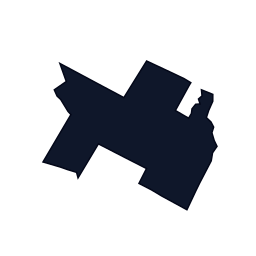 Boa Vista do Sul, Rio Grande do Sul, Brazil, rotated 118°
{"feature_id": "56859067B52990644407609", "entity_name": "Boa Vista do Sul", "entity_type": "district", "adm_level": 2, "iso_a3": "BRA", "parent_name": "Brazil", "parent_adm1": "Rio Grande do Sul", "projection": "robinson", "projection_center": [-51.681, -29.359], "detail": "fine", "context": "isolated", "style": "filled", "palette": "ink", "viewbox_px": 256, "rotation_deg": 118, "n_neighbors": 0, "source": "geoboundaries", "source_scale": "gbopen_adm2", "svg_char_len": 731}
<svg xmlns="http://www.w3.org/2000/svg" viewBox="0 0 256 256"><g transform="rotate(118 128 128)"><path d="M191.3,152.6L195.5,148.7L155.9,146.7L155.5,116.5L155.1,92.6L171.8,92.3L171.6,78.4L172.2,66.3L172.5,37.6L151.8,38.6L142.9,38.9L117.9,39.1L110.2,41.7L102.4,40.8L98.6,46.0L92.8,51.7L87.0,52.8L83.7,57.6L82.0,63.7L74.6,65.0L64.6,65.7L58.5,68.9L59.8,81.1L64.9,77.7L69.3,79.4L72.9,75.6L75.3,79.4L81.0,80.5L85.5,78.8L90.9,79.1L90.3,94.4L61.8,94.0L58.5,93.8L58.1,101.4L58.5,111.1L59.6,133.1L60.1,143.0L103.1,145.9L103.1,170.9L103.0,206.7L103.0,218.4L115.9,204.3L128.9,211.0L133.1,205.6L134.4,200.8L141.6,188.6L142.9,184.7L197.9,187.1L194.2,169.2L193.1,161.8L191.3,152.6Z" fill="#0f172a" stroke="#020617" stroke-width="1.5"/></g></svg>